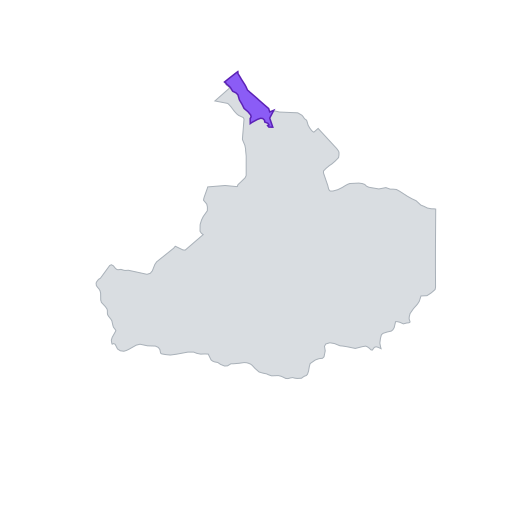 Renk, Upper Nile, South Sudan shown in context, rotated 319°
{"feature_id": "79223893B54015778886033", "entity_name": "Renk", "entity_type": "district", "adm_level": 2, "iso_a3": "SSD", "parent_name": "South Sudan", "parent_adm1": "Upper Nile", "projection": "natural_earth1", "projection_center": [32.947, 11.291], "detail": "fine", "context": "in_parent", "style": "filled", "palette": "violet", "viewbox_px": 512, "rotation_deg": 319, "n_neighbors": 0, "source": "geoboundaries", "source_scale": "gbopen_adm2", "svg_char_len": 4770}
<svg xmlns="http://www.w3.org/2000/svg" viewBox="0 0 512 512"><g transform="rotate(319 256 256)"><path d="M383.7,382.6L371.5,396.8L370.6,397.7L369.1,398.8L364.1,398.8L359.0,398.1L354.3,394.4L349.5,397.3L346.5,398.2L344.7,398.5L340.4,399.0L334.5,400.5L331.8,402.4L330.3,403.9L329.1,406.7L328.5,407.0L327.4,406.6L325.9,405.5L322.7,403.9L321.1,400.4L319.6,398.3L318.3,397.1L313.3,400.7L310.8,401.5L308.8,401.4L305.1,399.4L301.1,397.7L299.0,397.7L295.9,399.8L292.3,403.0L290.5,406.1L289.6,408.0L288.3,405.1L287.1,403.3L285.4,402.6L282.0,403.3L281.2,402.3L281.0,399.9L280.5,397.7L279.7,396.0L277.0,394.3L270.3,390.9L265.1,384.1L262.5,381.0L260.5,378.9L257.8,373.6L254.8,369.9L251.0,368.2L248.5,369.0L246.0,373.0L241.2,376.7L239.0,376.8L236.2,374.8L232.6,373.4L226.3,372.7L223.6,374.5L220.2,377.3L217.3,379.0L215.5,379.2L213.8,378.5L211.9,378.2L210.2,378.1L206.8,375.5L205.1,373.6L203.9,371.8L202.0,370.6L199.7,369.5L198.1,367.9L197.3,365.9L196.1,363.3L194.4,360.9L189.2,356.7L187.7,354.2L186.6,351.8L184.5,349.1L182.2,345.5L181.5,340.2L181.4,336.0L181.0,334.1L180.0,332.1L178.9,330.4L177.1,328.6L172.9,325.9L168.5,322.7L166.4,320.9L162.4,320.2L160.1,318.4L158.1,314.5L157.3,311.3L155.3,308.8L154.4,307.1L153.9,305.0L155.6,298.7L153.3,296.5L149.8,293.7L147.4,290.5L145.9,287.6L141.5,283.8L131.8,278.1L126.3,274.5L123.2,271.2L120.6,268.0L120.3,266.7L122.1,263.5L122.3,260.9L121.0,258.0L115.2,252.6L110.6,246.5L107.1,244.7L98.8,243.0L96.3,242.3L93.8,241.2L91.4,238.5L90.5,235.3L91.8,230.2L91.0,228.6L89.6,228.2L90.0,227.1L91.6,224.6L94.2,223.0L101.2,220.5L101.5,219.5L101.7,216.3L102.3,214.8L104.7,210.3L105.0,208.6L105.2,204.8L105.5,203.0L106.2,201.8L108.1,199.6L108.8,198.2L109.1,195.4L108.9,189.6L109.9,187.4L114.3,182.2L115.5,179.9L115.9,177.8L115.9,175.7L116.1,173.6L117.5,171.6L118.6,171.0L121.8,170.3L124.0,170.7L139.3,167.2L141.1,167.7L141.9,169.8L141.8,173.1L142.1,174.8L142.9,175.9L145.3,177.5L147.0,180.2L147.9,181.2L150.3,183.0L161.7,198.3L164.9,199.7L168.0,199.2L174.2,196.0L177.3,195.2L199.0,196.1L201.4,195.7L201.5,195.7L204.8,203.4L206.4,205.1L230.2,205.2L229.7,203.1L230.0,200.6L234.2,195.9L234.8,195.4L238.5,193.1L242.1,191.6L249.0,189.9L251.5,187.1L252.9,184.5L253.0,179.5L253.9,178.7L255.5,177.6L263.5,173.1L264.9,172.2L278.9,182.5L286.8,190.8L287.3,191.2L287.7,191.3L288.1,191.0L288.5,190.6L289.5,190.3L292.8,190.2L299.2,189.8L301.4,188.8L314.2,174.1L317.5,169.4L318.3,168.5L320.2,165.2L322.1,159.4L322.5,158.8L336.6,145.0L337.1,143.9L337.2,143.1L335.1,138.4L334.7,136.1L334.6,132.5L335.0,126.8L334.9,123.3L334.7,122.3L334.6,122.1L326.7,112.0L346.5,111.9L346.6,110.6L346.5,110.2L346.1,109.0L345.9,107.4L345.9,106.5L346.0,105.7L346.1,105.2L346.0,104.8L346.0,104.6L360.3,104.7L360.1,107.6L358.4,114.3L358.5,118.3L358.0,122.9L357.6,124.3L356.8,125.4L356.6,126.0L356.6,126.5L359.5,152.2L359.3,153.3L358.5,154.9L358.3,155.5L358.3,155.9L358.6,156.2L365.2,158.9L365.5,159.1L365.7,159.3L368.1,162.7L381.0,174.9L381.5,175.5L382.8,179.3L383.0,179.9L383.0,180.8L383.0,181.6L382.7,183.9L382.8,184.9L383.0,185.6L383.2,186.4L383.2,186.6L383.1,187.2L381.1,191.6L380.5,194.8L380.3,197.4L380.4,199.0L380.7,200.0L380.8,200.4L381.0,200.5L386.6,200.5L386.6,201.9L387.3,225.2L387.4,227.8L387.1,231.1L386.5,232.4L384.9,234.2L382.9,235.9L377.9,236.3L373.7,236.3L370.7,235.9L366.6,235.8L362.8,236.1L361.4,237.6L356.4,249.9L354.8,253.0L354.4,254.8L354.8,255.9L356.8,257.5L361.2,259.6L366.1,260.9L369.9,261.5L372.4,262.1L374.3,262.8L381.4,268.4L383.7,271.0L385.0,273.3L385.2,275.8L386.3,278.2L392.7,286.0L398.9,289.6L401.2,293.7L403.5,295.7L405.6,297.9L406.8,301.1L409.5,310.4L411.3,315.3L413.1,319.3L413.8,325.7L415.3,328.6L416.8,332.2L419.3,335.4L421.9,337.8L422.4,338.5L395.8,368.7L383.7,382.6Z" fill="#d9dde1" stroke="#a8b0b8" stroke-width="1"/><path d="M353.2,169.8L356.8,160.9L365.1,157.7L360.9,156.3L361.6,154.6L362.3,153.0L361.7,149.1L361.4,147.1L360.4,139.6L360.3,138.4L359.1,130.0L358.8,128.3L358.7,126.8L358.4,125.3L359.6,121.3L359.6,121.2L359.7,120.6L359.9,119.9L361.0,112.5L361.3,111.2L361.5,110.0L361.8,108.0L362.0,106.8L362.0,106.5L362.3,106.2L362.6,105.8L362.8,105.6L363.1,105.3L363.3,104.9L362.0,104.8L355.1,104.4L351.3,104.2L346.4,104.0L346.5,104.4L346.7,104.8L346.7,105.1L346.8,105.5L346.7,106.2L346.6,106.5L346.7,106.8L346.6,107.1L346.6,107.5L346.8,108.2L346.9,108.8L347.0,109.2L347.1,109.9L347.0,110.2L346.9,110.5L347.0,110.7L347.1,110.9L347.2,111.2L347.2,111.8L347.1,112.3L347.1,112.8L347.1,113.1L346.9,113.5L346.8,113.8L346.8,114.1L346.5,116.4L347.9,119.7L348.1,122.5L345.9,127.2L344.9,132.7L343.8,136.8L344.6,141.8L344.5,146.1L343.6,147.8L341.8,148.4L338.5,152.3L340.5,152.5L346.8,153.9L349.9,155.1L351.3,156.7L351.5,159.2L350.5,160.6L352.0,163.6L351.8,165.6L350.3,165.2L350.3,167.2L353.2,169.8Z" fill="#8b5cf6" stroke="#5b21b6" stroke-width="1.5"/></g></svg>